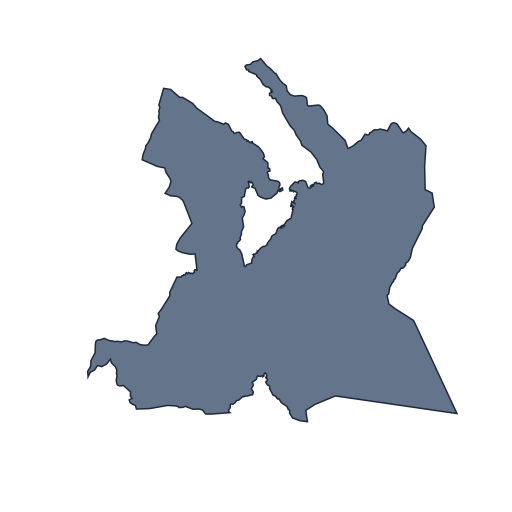 the district of Salangen nor, Troms, Norway, rotated 79°
{"feature_id": "86288312B52632964277123", "entity_name": "Salangen nor", "entity_type": "district", "adm_level": 2, "iso_a3": "NOR", "parent_name": "Norway", "parent_adm1": "Troms", "projection": "orthographic", "projection_center": [17.874, 68.875], "detail": "fine", "context": "isolated", "style": "filled", "palette": "slate", "viewbox_px": 512, "rotation_deg": 79, "n_neighbors": 0, "source": "geoboundaries", "source_scale": "gbopen_adm2", "svg_char_len": 6113}
<svg xmlns="http://www.w3.org/2000/svg" viewBox="0 0 512 512"><g transform="rotate(79 256 256)"><path d="M63.0,213.8L64.6,216.8L64.8,222.0L66.8,224.8L66.7,229.1L67.8,230.7L71.5,229.7L72.0,227.8L73.4,228.0L78.3,220.8L79.7,220.9L83.3,218.1L89.0,216.3L91.9,213.7L92.6,211.5L96.2,208.8L96.8,210.0L98.1,208.7L98.9,211.7L101.0,212.0L102.0,210.2L104.6,209.8L105.1,206.8L108.4,206.0L113.2,203.2L121.0,202.5L135.1,197.5L139.8,194.5L145.0,193.4L151.8,190.3L155.9,189.9L164.5,182.2L172.7,178.0L181.1,176.3L185.5,173.8L187.5,173.9L188.2,175.0L197.0,175.5L198.2,176.7L198.4,177.9L196.5,180.2L196.5,182.4L195.1,182.8L195.5,184.7L196.8,185.4L196.8,186.6L198.3,186.5L198.3,187.5L196.9,187.6L197.8,189.3L198.6,188.4L199.5,189.6L199.5,190.7L199.0,191.9L192.2,193.1L190.6,195.5L190.5,196.5L190.9,197.4L190.4,198.4L191.2,200.3L192.3,200.5L190.7,203.5L194.0,208.6L196.2,210.3L198.4,210.2L198.7,209.6L197.8,209.7L197.9,209.1L198.5,208.2L198.8,209.1L199.2,207.3L200.2,206.7L199.7,205.9L200.4,204.9L201.6,203.8L203.2,203.8L203.8,204.9L204.8,204.9L205.5,206.3L207.0,205.8L206.5,207.1L208.2,207.4L209.3,208.4L211.7,208.0L209.4,210.5L212.0,211.7L212.6,211.1L213.4,212.4L214.0,212.4L214.0,210.1L214.9,209.5L214.9,210.6L217.0,211.4L217.3,210.7L225.6,214.5L227.2,219.0L230.8,222.5L231.5,222.1L232.5,222.9L231.2,223.4L232.1,224.5L231.1,224.7L231.8,226.1L233.3,225.4L233.4,226.1L232.3,227.7L233.0,229.3L237.8,232.3L239.2,236.2L239.8,237.0L241.8,238.0L245.0,241.7L247.3,243.4L248.1,245.1L248.0,247.2L248.8,249.3L251.9,253.6L251.6,253.8L252.6,254.0L251.9,254.4L253.0,254.3L252.9,254.9L253.9,256.5L253.7,258.0L253.9,258.4L254.1,257.7L254.9,258.3L256.1,257.9L255.9,258.5L258.6,260.6L262.1,261.7L262.8,266.9L264.3,268.0L263.9,269.3L251.0,269.6L246.6,270.9L245.7,272.1L243.6,273.2L240.7,272.9L239.7,271.4L238.8,271.4L237.9,269.2L236.6,268.0L235.2,268.2L231.6,266.0L229.4,265.7L225.1,262.6L216.0,262.2L213.3,259.8L210.1,258.2L205.5,258.4L204.7,259.5L205.3,261.0L202.7,261.8L201.4,260.1L195.9,258.9L195.3,256.1L188.8,253.7L187.3,252.1L187.8,250.6L186.8,249.4L181.4,249.4L181.3,248.3L182.9,247.7L183.0,246.8L182.3,246.5L184.9,245.2L186.0,245.2L186.7,246.6L187.5,246.9L189.4,244.0L196.8,242.5L199.0,240.3L202.0,235.4L202.0,230.2L198.3,223.5L195.8,221.9L196.3,220.7L197.1,220.7L197.3,219.9L196.3,217.1L194.2,217.1L194.5,218.8L195.4,219.5L195.7,220.7L192.5,220.4L191.1,219.0L188.8,218.8L187.4,219.6L186.4,221.2L183.8,227.9L181.1,228.8L179.2,228.4L176.1,229.0L175.4,228.4L175.2,226.0L172.6,226.0L172.0,227.4L166.6,226.6L161.8,230.6L160.1,228.7L156.4,229.2L152.0,231.2L149.0,233.1L144.3,237.9L143.0,237.8L143.0,239.0L143.9,239.2L143.3,240.7L141.4,241.6L141.7,243.0L140.2,242.9L139.0,245.2L131.4,248.6L131.1,251.0L131.4,252.3L131.3,253.9L131.0,254.4L129.7,254.7L128.6,256.0L121.4,258.0L119.5,260.8L120.5,262.5L116.9,268.2L116.0,270.7L99.6,285.9L94.2,289.0L86.3,297.7L85.7,300.7L76.3,307.9L73.8,314.7L89.4,322.6L91.7,322.0L95.6,323.9L97.3,323.7L101.3,325.3L104.5,324.9L116.1,335.3L120.0,337.0L124.8,340.8L126.8,343.2L129.5,344.0L134.3,347.2L139.8,349.4L149.1,336.0L152.2,328.7L156.4,328.5L163.7,325.6L166.7,325.3L172.1,328.2L177.1,333.3L180.6,328.3L182.6,321.8L183.3,320.5L187.1,317.5L189.4,316.7L211.8,312.7L224.0,327.1L229.5,331.6L234.0,333.3L236.2,331.5L238.6,327.7L241.8,320.3L242.3,315.4L258.7,316.6L257.7,318.5L258.5,319.4L260.2,319.7L261.3,321.5L260.6,322.3L260.8,323.3L259.3,325.4L260.3,326.5L259.1,327.5L259.6,328.4L261.0,329.0L260.6,330.7L261.3,331.2L261.4,332.8L262.5,333.7L261.7,336.5L261.6,337.6L275.2,347.6L278.6,348.2L290.9,359.7L293.6,362.9L297.1,362.5L305.1,367.8L313.5,368.3L315.1,370.7L322.7,379.0L322.4,381.8L321.6,384.8L320.8,386.7L317.9,390.2L317.6,393.3L314.9,398.5L314.2,401.6L314.8,404.1L313.2,408.6L313.1,411.1L312.5,411.9L310.8,416.5L307.9,420.7L308.5,424.6L308.2,427.3L309.0,429.3L311.8,430.5L320.3,432.4L327.1,437.9L333.0,439.5L337.0,443.2L342.5,443.9L338.5,440.9L337.1,436.2L333.3,432.5L335.2,428.6L333.5,423.2L329.5,418.6L333.3,418.3L337.8,415.2L341.5,414.4L345.0,415.5L346.4,415.0L351.5,417.0L355.4,416.9L356.4,416.4L357.4,414.9L357.8,412.8L357.8,410.8L365.5,405.1L369.5,406.1L372.0,404.9L373.1,408.0L375.7,407.6L377.8,405.7L379.7,402.9L383.4,402.6L385.5,389.3L385.8,371.5L387.9,363.2L388.8,361.4L390.1,360.4L390.6,356.7L390.1,354.2L394.4,347.1L395.3,341.2L396.9,338.0L401.5,335.6L402.7,329.5L404.8,311.4L403.3,312.4L401.9,312.3L400.0,310.2L396.9,309.5L396.5,308.2L397.1,306.9L395.9,304.5L394.3,302.6L394.2,300.5L391.4,295.7L391.8,294.9L391.5,294.3L391.8,290.0L391.3,288.4L391.6,286.3L391.2,285.6L389.1,284.6L385.2,285.9L383.1,283.8L381.8,283.2L379.3,283.7L377.2,279.3L374.1,277.5L375.1,274.4L374.7,273.0L375.8,272.5L375.2,272.0L375.5,271.7L375.3,271.1L373.3,270.6L372.6,269.8L372.6,269.1L375.2,268.1L377.0,269.4L377.1,268.8L378.0,269.3L379.1,268.4L380.7,268.9L381.0,270.0L381.9,270.5L385.0,269.2L385.5,268.1L387.4,267.4L388.6,268.0L395.9,265.8L397.4,263.4L400.4,262.2L400.6,261.7L400.2,261.1L400.5,260.7L404.7,259.2L409.6,254.3L412.9,253.6L412.8,253.1L414.6,252.3L416.5,253.1L422.0,251.0L426.1,244.2L428.5,237.1L417.0,236.6L412.9,226.4L408.5,204.8L449.0,88.8L350.2,113.4L349.2,113.8L333.6,130.2L328.4,134.7L319.6,134.9L319.0,133.4L317.7,132.7L312.2,130.6L308.2,127.3L307.4,125.9L305.5,125.0L305.0,123.8L299.1,120.2L299.1,119.4L298.2,118.1L295.4,115.7L296.0,114.9L295.7,113.5L293.5,110.8L291.7,110.6L290.3,107.6L287.0,104.8L278.4,101.1L260.7,87.5L258.2,87.0L242.1,71.7L227.8,71.1L223.2,77.3L200.4,73.4L180.1,68.1L172.6,72.2L163.7,80.0L159.6,81.9L162.1,84.8L163.2,87.5L162.5,88.5L154.1,92.0L152.7,93.1L151.5,95.1L151.5,97.0L152.4,98.5L158.4,103.3L156.4,106.4L156.1,107.8L155.0,109.8L155.5,112.6L154.9,114.1L154.7,116.1L155.5,117.8L156.4,118.5L156.6,120.7L158.2,121.7L158.5,123.1L158.5,123.8L157.5,124.8L157.3,125.8L162.5,130.7L163.1,133.8L166.4,139.5L167.8,143.7L168.0,145.2L159.5,146.5L145.2,156.3L140.2,160.4L132.1,159.5L124.9,161.8L121.2,163.9L120.2,164.8L119.7,166.1L118.8,176.0L118.0,176.7L110.4,176.2L109.4,176.9L107.4,179.8L106.9,182.4L106.5,187.4L104.3,191.4L99.8,194.0L94.6,193.8L91.4,196.8L87.8,199.0L80.6,201.7L80.1,202.8L74.3,206.5L71.9,208.9L63.0,213.8Z" fill="#64748b" stroke="#1e293b" stroke-width="1.5"/></g></svg>